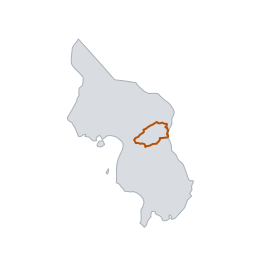 where Gafsa sits in Tunisia, rotated 151°
{"feature_id": "TUN-112", "entity_name": "Gafsa", "entity_type": "Governorate", "adm_level": 1, "iso_a3": "TUN", "parent_name": "Tunisia", "parent_adm1": "", "projection": "albers", "projection_center": [8.747, 34.421], "detail": "fine", "context": "in_parent", "style": "outline", "palette": "amber", "viewbox_px": 256, "rotation_deg": 151, "n_neighbors": 0, "source": "natural_earth", "source_scale": "10m", "svg_char_len": 3891}
<svg xmlns="http://www.w3.org/2000/svg" viewBox="0 0 256 256"><g transform="rotate(151 128 128)"><path d="M175.3,144.5L175.3,145.3L174.6,150.7L174.4,152.7L174.4,156.0L174.5,160.0L176.5,163.3L176.6,164.8L175.9,166.5L172.4,168.6L167.9,171.2L164.0,173.7L159.7,176.4L158.4,178.2L156.2,179.5L154.5,180.9L154.2,182.1L152.9,184.5L151.3,186.5L147.2,187.4L146.4,188.0L144.6,190.9L143.7,192.0L142.6,194.4L144.1,200.5L145.9,206.7L146.3,209.3L146.3,211.5L145.4,213.8L143.2,217.2L141.6,219.7L138.5,224.1L137.6,225.2L135.4,226.6L131.2,228.3L128.3,229.8L126.7,223.1L125.4,217.4L124.3,212.6L122.4,204.3L120.8,197.2L119.2,190.1L117.8,183.6L116.4,177.2L115.7,176.2L111.5,173.2L107.6,170.4L103.5,167.2L99.1,163.7L98.5,159.3L96.2,152.7L93.9,149.0L93.0,148.0L88.3,145.6L85.5,143.8L84.8,142.8L84.3,140.1L82.4,134.7L80.2,129.9L79.5,126.6L79.4,122.4L79.9,119.5L80.8,118.2L85.5,114.5L87.7,110.1L90.3,108.4L92.6,107.2L94.4,105.7L96.1,103.4L97.3,100.9L97.6,98.2L98.1,93.9L98.9,90.8L100.9,87.4L100.1,84.7L99.1,81.7L99.4,76.6L99.1,74.5L98.3,72.7L97.5,70.3L97.5,68.3L98.3,63.2L99.0,59.2L99.9,54.1L99.6,52.6L98.9,51.6L96.7,50.4L96.7,49.7L97.2,49.0L100.5,46.5L102.2,42.8L103.6,42.1L105.8,40.7L105.7,39.3L105.2,37.8L110.9,36.1L116.3,31.5L118.2,30.4L130.6,26.2L132.2,26.4L134.1,27.0L133.5,28.6L132.8,29.8L133.9,32.0L135.4,30.6L135.0,29.8L134.9,28.6L137.5,28.4L139.8,28.6L142.3,29.9L142.2,34.8L145.6,39.6L144.7,42.0L147.4,43.4L149.8,41.6L151.0,39.1L155.4,37.5L159.6,33.8L161.9,33.3L162.5,36.3L163.7,39.0L162.2,39.9L160.2,42.8L156.4,50.0L152.9,52.2L150.2,55.0L149.4,57.0L149.2,59.3L149.9,63.4L152.0,67.5L154.3,69.9L156.5,70.7L161.7,74.5L161.7,76.9L162.5,79.7L162.8,83.1L164.7,85.8L161.0,91.8L159.0,96.1L155.0,102.1L151.3,106.0L143.5,111.8L141.6,113.7L140.4,115.7L139.8,117.7L140.1,120.1L142.7,126.0L146.3,129.5L149.9,131.3L156.0,130.4L155.9,132.7L156.4,135.4L158.9,135.2L160.5,134.8L161.9,132.1L165.0,133.8L166.7,139.3L169.3,141.0L169.6,141.7L168.7,142.1L168.0,142.8L168.8,143.2L171.3,143.8L172.8,143.3L175.3,144.5ZM161.8,129.3L161.2,129.5L160.1,130.3L159.5,130.4L157.7,129.6L157.1,129.6L156.2,129.0L156.4,125.6L156.7,124.7L160.9,124.5L163.2,126.4L163.6,126.9L163.7,127.5L162.7,128.6L161.8,129.3ZM168.7,99.6L165.1,101.8L165.8,99.9L168.1,97.7L168.8,98.2L168.7,99.6Z" fill="#d9dde1" stroke="#a8b0b8" stroke-width="1"/><path d="M93.9,106.5L94.9,105.7L95.5,105.3L95.6,105.1L95.8,104.9L95.9,104.4L96.1,104.2L96.9,103.7L97.1,103.4L96.5,102.4L96.6,102.0L96.8,101.5L97.6,100.7L97.9,100.7L98.8,100.8L99.1,101.0L99.4,101.2L99.9,101.5L102.5,102.4L102.8,102.6L104.4,103.5L104.8,103.7L105.0,103.7L105.2,102.9L105.3,102.8L105.5,102.6L105.7,102.4L108.1,101.2L108.3,101.1L109.4,101.0L109.8,100.8L110.5,100.4L114.3,102.0L116.6,102.0L119.0,102.4L120.5,103.2L120.7,103.3L120.8,103.3L121.1,103.2L121.5,103.0L121.8,102.9L121.9,103.0L122.0,103.1L122.0,103.3L121.4,104.7L121.4,105.0L121.4,105.3L121.4,105.6L121.6,105.9L121.7,106.1L121.9,106.5L122.4,107.0L123.1,107.5L123.3,107.7L123.5,107.8L125.0,108.3L125.4,108.7L125.7,109.2L125.8,109.4L126.0,109.6L126.7,110.1L126.8,110.2L127.9,110.7L128.2,110.9L128.4,111.0L128.4,111.3L128.4,114.6L127.9,114.9L127.5,115.0L126.5,115.6L126.4,115.6L126.1,115.6L123.4,115.3L122.9,115.4L121.5,116.1L118.3,116.6L118.0,116.5L117.5,116.4L117.3,116.5L116.4,116.8L115.9,117.1L115.7,117.3L115.6,117.5L115.5,117.8L115.5,118.4L115.5,118.5L115.4,118.8L115.2,118.9L115.0,119.0L113.5,118.8L112.6,118.6L112.4,118.6L112.2,118.6L111.4,119.0L107.3,119.3L106.0,119.1L105.1,119.0L99.9,119.3L99.8,119.2L99.7,119.0L99.5,118.3L99.4,117.9L99.2,117.6L98.9,117.3L98.5,117.0L98.4,116.9L96.6,116.3L95.7,116.2L95.4,116.0L95.2,115.7L94.9,115.2L94.6,114.7L94.4,114.5L93.9,114.0L92.2,112.9L92.1,112.6L92.3,112.3L92.4,112.1L93.2,111.1L93.3,111.0L93.4,110.9L93.6,110.9L94.7,110.8L94.8,110.7L94.8,110.3L94.7,110.1L93.9,109.3L93.8,109.2L93.8,108.9L94.2,107.4L94.2,107.2L94.0,106.6L93.9,106.5Z" fill="none" stroke="#b45309" stroke-width="2"/></g></svg>